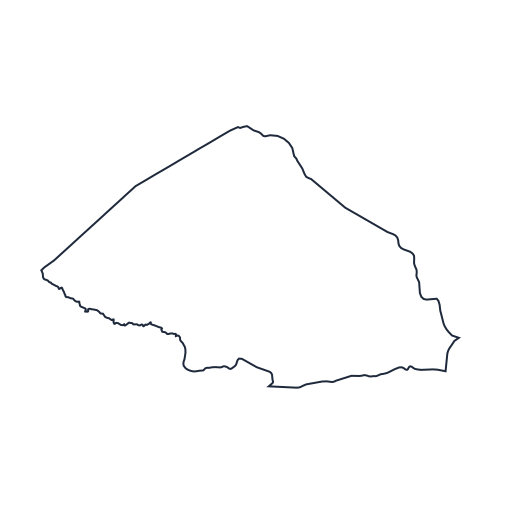 the Province of Pastaza, rotated 187°
{"feature_id": "ECU-1288", "entity_name": "Pastaza", "entity_type": "Province", "adm_level": 1, "iso_a3": "ECU", "parent_name": "Ecuador", "parent_adm1": "", "projection": "orthographic", "projection_center": [-76.647, -1.794], "detail": "fine", "context": "isolated", "style": "outline", "palette": "slate", "viewbox_px": 512, "rotation_deg": 187, "n_neighbors": 0, "source": "natural_earth", "source_scale": "10m", "svg_char_len": 4190}
<svg xmlns="http://www.w3.org/2000/svg" viewBox="0 0 512 512"><g transform="rotate(187 256 256)"><path d="M467.3,215.7L464.7,218.9L455.7,227.2L449.2,234.8L441.0,244.3L432.9,253.8L424.7,263.3L416.6,272.7L408.5,282.2L400.3,291.7L392.2,301.2L384.0,310.7L374.3,318.1L364.6,325.6L354.8,333.0L345.1,340.5L335.4,347.9L325.7,355.4L315.9,362.8L306.2,370.3L297.0,377.3L289.7,381.7L287.3,381.2L284.1,382.7L280.6,383.8L273.7,380.4L268.2,379.3L266.1,378.2L263.4,376.1L261.5,375.9L256.6,377.6L249.2,377.8L242.6,375.8L237.1,372.2L233.1,367.5L231.1,361.9L230.8,361.3L230.3,359.8L229.1,358.7L228.0,357.8L226.5,355.4L220.8,348.6L217.8,343.3L215.9,340.8L213.5,339.8L210.7,339.1L173.3,314.8L128.4,295.8L122.7,294.4L120.1,293.4L118.0,291.5L116.8,288.9L116.2,286.2L115.2,283.7L113.1,281.7L110.1,280.5L103.5,279.0L100.7,277.4L99.2,275.5L98.7,273.1L98.3,268.3L97.4,266.0L95.0,261.9L94.5,259.7L94.4,256.1L93.9,254.6L90.9,249.9L88.8,239.2L86.9,235.6L84.4,233.8L81.3,233.5L73.9,235.1L71.4,235.6L69.4,233.6L67.8,229.9L66.5,224.4L61.5,211.6L60.1,209.2L58.1,206.6L55.7,204.2L51.8,201.0L44.7,199.5L48.7,195.9L53.0,187.5L53.8,185.0L54.2,182.5L53.8,164.7L62.1,165.3L66.7,165.0L78.3,163.1L82.3,163.1L84.8,163.4L86.5,164.2L88.0,165.1L89.6,165.3L90.6,164.4L91.5,162.1L92.1,161.5L93.0,161.4L94.4,161.9L95.9,162.8L97.9,163.3L100.4,162.8L104.3,160.7L110.6,156.5L112.3,155.6L115.6,154.4L117.7,153.9L120.9,152.0L122.4,151.3L124.8,151.1L126.9,150.5L128.9,150.3L131.2,150.8L132.9,151.0L134.6,150.8L136.6,150.0L138.9,149.5L146.7,148.7L161.2,142.1L163.2,140.8L165.0,140.2L170.5,140.2L175.0,139.5L190.5,134.7L194.1,132.6L196.0,131.3L197.8,130.6L200.2,130.2L227.4,128.2L224.1,131.9L223.7,133.0L224.0,134.0L224.6,135.4L225.6,140.1L226.7,141.8L228.5,142.8L241.7,145.7L257.4,152.2L260.3,152.1L261.4,150.8L261.9,149.1L262.2,147.2L262.7,145.4L263.7,144.0L266.7,141.2L267.7,140.8L269.2,141.1L271.1,142.2L273.5,142.7L274.9,142.5L277.2,141.2L278.4,141.0L282.4,140.8L285.6,140.3L288.9,139.3L290.4,139.2L292.0,138.7L292.8,138.1L294.1,136.3L294.8,135.9L297.9,135.3L302.0,134.1L304.3,133.8L307.2,134.1L310.0,134.9L312.2,136.0L314.4,138.3L315.0,140.3L314.9,142.7L314.4,144.8L314.2,151.3L314.7,154.7L315.6,157.2L317.0,159.0L317.7,160.2L318.6,161.1L320.0,162.2L320.8,163.1L321.2,163.8L321.3,164.8L321.5,165.8L322.5,167.0L323.3,167.5L324.7,167.4L325.3,166.9L325.8,166.7L325.9,167.2L325.8,167.9L325.8,168.5L326.5,168.9L328.2,168.6L329.7,169.0L331.7,168.6L332.8,168.1L333.9,167.8L334.7,167.8L335.8,168.7L336.9,169.3L338.1,169.3L339.1,169.3L339.8,169.4L340.1,170.0L340.8,171.0L341.0,171.5L340.7,172.1L340.5,172.7L341.4,173.3L343.8,173.6L347.9,174.7L350.3,175.1L351.7,175.5L352.2,175.9L352.3,177.2L352.6,177.3L353.2,176.8L353.6,176.2L354.1,175.6L355.2,174.9L355.6,174.5L355.9,174.4L356.5,174.3L357.2,174.5L357.9,173.9L358.4,173.1L359.0,172.6L359.4,172.6L359.8,173.3L360.2,173.9L360.9,174.1L361.8,173.7L362.7,173.0L363.6,172.9L364.4,173.0L365.7,173.7L368.5,173.3L369.5,173.2L370.3,174.0L370.8,174.3L371.8,174.2L372.5,174.2L373.6,174.4L374.1,174.3L374.7,173.7L375.1,173.2L376.8,171.6L377.4,171.1L377.8,171.0L378.2,171.2L378.4,171.8L378.6,172.1L379.0,171.8L379.2,171.3L380.0,171.1L381.7,171.1L384.6,172.5L386.3,172.6L387.2,172.3L387.6,171.7L388.1,171.4L388.6,171.6L389.1,172.5L389.5,173.5L389.4,174.4L389.4,175.1L389.7,175.7L390.4,175.5L390.9,175.0L391.5,174.9L392.5,175.3L394.3,176.3L396.3,176.5L398.2,177.1L399.4,178.4L400.2,179.3L400.9,180.1L403.0,180.0L403.8,180.4L404.9,181.5L407.1,182.8L409.8,183.1L412.7,183.1L414.3,183.4L415.3,183.2L416.0,182.8L416.1,182.1L415.8,181.2L415.9,180.7L416.3,180.2L417.5,180.2L418.1,180.0L418.8,180.1L418.7,180.8L418.4,181.6L418.5,182.5L419.3,183.2L423.2,184.3L424.3,184.8L425.5,187.5L425.8,188.5L425.8,189.0L426.2,189.2L427.1,188.9L428.2,188.8L429.2,189.0L430.5,189.7L431.2,190.2L431.9,191.0L432.6,191.4L435.0,191.5L437.3,192.2L439.3,192.1L440.1,192.7L440.6,194.1L441.0,194.4L442.3,197.0L443.9,199.2L444.4,200.4L445.0,200.9L446.0,200.4L446.7,199.7L447.4,199.3L447.7,199.4L448.0,200.2L448.4,200.9L449.2,201.5L450.8,201.9L455.6,203.7L456.5,204.7L457.5,204.7L458.5,205.2L459.5,206.2L461.3,206.8L462.6,206.9L463.8,207.5L464.8,209.0L465.5,212.5L467.2,215.6L467.3,215.7Z" fill="none" stroke="#1e293b" stroke-width="2"/></g></svg>